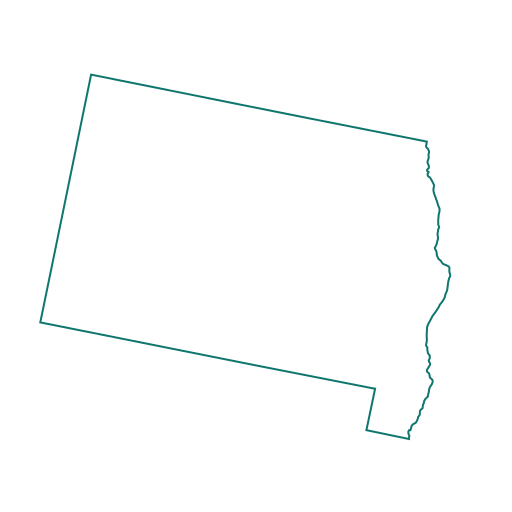 the district of Phnum Proek, Batdâmbâng, Cambodia, rotated 192°
{"feature_id": "14789045B85132506712609", "entity_name": "Phnum Proek", "entity_type": "district", "adm_level": 2, "iso_a3": "KHM", "parent_name": "Cambodia", "parent_adm1": "Batdâmbâng", "projection": "equal_earth", "projection_center": [102.376, 13.291], "detail": "fine", "context": "isolated", "style": "outline", "palette": "teal", "viewbox_px": 512, "rotation_deg": 192, "n_neighbors": 0, "source": "geoboundaries", "source_scale": "gbopen_adm2", "svg_char_len": 2747}
<svg xmlns="http://www.w3.org/2000/svg" viewBox="0 0 512 512"><g transform="rotate(192 256 256)"><path d="M453.2,146.2L232.0,149.0L111.9,150.9L111.8,108.6L68.3,108.8L68.7,110.2L68.5,111.7L69.1,112.8L69.9,113.7L70.5,115.7L70.0,117.5L69.4,117.7L68.8,117.7L68.5,120.3L68.5,122.1L67.7,123.7L67.0,124.5L65.9,125.3L64.8,126.5L64.3,128.6L64.0,129.7L63.9,130.9L63.9,132.5L63.1,133.9L62.8,134.8L63.2,137.1L63.3,137.5L63.4,138.1L63.0,139.6L62.2,140.8L61.5,141.6L61.6,143.6L61.7,144.7L61.5,146.4L61.2,147.6L61.4,148.4L61.3,149.3L60.6,151.4L59.8,152.7L59.1,153.6L58.7,154.3L58.8,155.4L58.8,156.9L58.7,158.8L58.9,161.1L58.9,162.5L58.3,165.0L57.9,165.8L57.4,166.9L57.0,169.5L57.2,170.4L57.8,171.6L59.2,172.5L60.5,173.1L61.2,174.7L61.7,176.2L62.6,177.3L64.7,178.5L65.2,179.8L64.7,181.4L63.8,183.7L63.3,185.3L63.2,186.5L63.7,187.5L64.9,188.9L65.3,189.6L65.0,191.1L64.8,192.2L65.4,194.9L66.9,195.9L67.8,197.0L68.5,198.8L69.1,200.5L69.4,202.2L70.7,203.3L71.1,204.1L71.2,205.6L71.2,207.1L71.4,209.7L71.8,210.7L72.3,212.7L72.6,214.2L73.1,217.0L73.4,219.3L73.8,221.1L73.7,223.6L73.5,224.8L72.5,228.2L71.6,231.2L71.0,233.7L69.9,236.1L68.9,238.2L68.6,239.0L68.0,240.5L66.7,243.8L66.0,246.7L64.6,249.5L63.4,252.4L63.1,253.8L62.7,255.5L62.8,257.0L62.7,258.3L62.1,261.0L61.9,263.2L62.1,264.6L62.2,266.3L62.5,269.2L62.6,271.8L62.4,274.5L61.9,276.4L62.0,277.6L62.6,278.9L63.4,280.3L63.9,282.0L64.1,283.3L64.4,284.9L65.1,285.7L66.7,286.2L68.2,286.6L69.8,286.8L71.4,287.2L73.0,288.4L74.0,289.6L75.7,290.5L77.1,291.3L77.8,292.3L78.8,293.6L79.5,294.9L79.8,296.2L80.3,297.6L81.1,298.8L82.4,300.2L82.8,301.5L82.2,302.8L81.9,304.5L81.7,306.1L81.8,307.6L81.7,309.1L81.6,310.3L81.7,311.8L82.5,313.6L82.9,314.8L83.1,316.0L83.1,317.0L83.1,318.3L83.4,319.2L83.3,320.0L83.0,321.1L82.8,322.2L83.4,323.2L84.4,324.8L84.5,326.0L84.9,327.2L85.1,328.4L85.4,329.8L85.4,331.0L85.6,331.8L85.8,334.1L85.9,335.6L85.8,336.5L85.8,337.8L86.0,338.9L86.4,340.7L87.0,341.4L87.6,342.3L88.7,343.9L89.3,345.2L89.9,346.3L90.5,347.4L91.5,348.8L92.2,350.1L92.9,351.2L93.4,351.8L94.4,353.5L94.9,354.5L95.6,355.7L96.2,357.5L96.4,359.0L96.4,360.5L96.5,362.1L97.5,363.6L98.2,364.6L98.9,365.3L100.0,366.7L100.8,367.4L101.2,368.0L102.2,369.0L103.3,369.4L104.0,369.6L104.5,370.2L105.1,371.2L105.2,372.2L104.9,373.0L104.6,374.0L105.6,374.4L106.3,374.9L106.6,375.8L105.9,377.0L105.2,378.2L105.5,379.7L106.1,380.7L106.8,381.7L107.4,382.6L107.8,383.4L107.8,384.9L107.7,386.1L107.4,387.8L107.7,388.7L108.1,390.2L108.4,391.4L108.3,392.8L108.5,394.3L109.0,395.1L109.8,396.1L110.2,396.7L110.9,397.0L112.0,397.8L112.7,399.2L112.4,400.3L112.6,401.4L112.7,402.5L112.7,403.4L231.9,401.7L305.5,400.8L455.0,399.1L454.6,343.4L454.4,317.5L453.8,235.3L453.6,208.1L453.2,146.2Z" fill="none" stroke="#0f766e" stroke-width="2"/></g></svg>